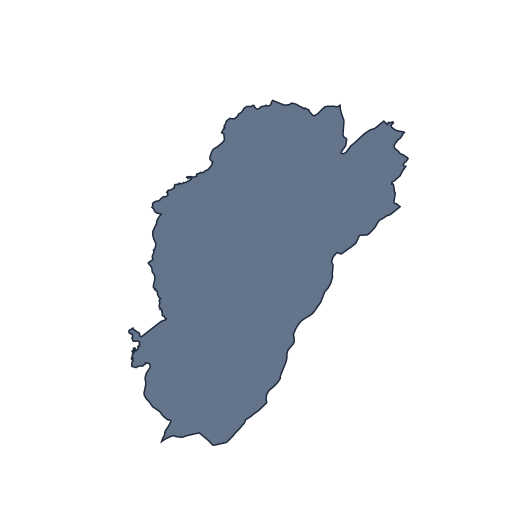 Sovata, Mures, Romania, rotated 139°
{"feature_id": "2599482B16228815220694", "entity_name": "Sovata", "entity_type": "district", "adm_level": 2, "iso_a3": "ROU", "parent_name": "Romania", "parent_adm1": "Mures", "projection": "natural_earth1", "projection_center": [25.148, 46.633], "detail": "fine", "context": "isolated", "style": "filled", "palette": "slate", "viewbox_px": 512, "rotation_deg": 139, "n_neighbors": 0, "source": "geoboundaries", "source_scale": "gbopen_adm2", "svg_char_len": 6085}
<svg xmlns="http://www.w3.org/2000/svg" viewBox="0 0 512 512"><g transform="rotate(139 256 256)"><path d="M185.8,377.3L186.3,376.9L188.6,377.3L190.0,377.2L193.1,375.3L194.2,375.4L195.6,374.1L195.2,373.4L195.4,373.2L197.1,373.2L200.9,371.8L201.1,371.7L200.9,371.0L200.1,369.4L203.2,364.9L204.2,364.1L207.1,363.6L212.4,363.7L218.3,364.6L221.2,363.6L225.1,361.4L226.3,360.5L227.1,359.5L227.4,358.6L227.1,357.0L227.3,355.9L226.9,355.2L227.9,355.0L229.0,353.9L235.1,352.7L238.3,353.5L241.5,353.8L242.0,354.1L242.7,355.3L245.5,355.9L246.5,356.7L247.0,356.7L247.7,356.1L247.9,355.5L248.3,355.3L251.1,356.3L252.0,356.9L252.3,357.8L252.9,358.5L254.6,359.6L255.0,360.4L255.4,360.3L256.4,361.0L256.7,360.8L256.3,359.9L256.5,359.2L255.4,359.4L254.0,357.2L254.1,356.6L254.9,356.5L258.9,357.1L262.3,358.3L262.5,359.0L264.2,358.9L265.9,360.6L266.2,361.4L266.8,361.4L267.6,360.8L268.6,362.0L269.6,362.4L270.4,363.1L272.6,361.7L272.6,361.1L272.8,361.0L277.2,361.9L278.2,362.4L278.7,363.1L279.3,363.3L279.9,362.7L281.4,362.8L281.6,362.6L281.6,361.3L282.2,360.7L282.2,360.1L283.4,359.5L285.2,359.9L286.2,361.0L286.9,361.4L290.2,361.7L292.1,361.3L293.8,361.7L294.7,362.5L296.3,363.2L298.3,363.6L299.6,363.5L300.3,362.4L301.4,361.4L302.6,361.1L302.4,359.0L303.2,355.6L302.6,353.2L300.0,350.0L300.0,349.7L303.1,349.3L307.3,347.9L310.1,345.6L317.3,342.5L318.1,341.9L320.1,339.7L321.6,336.9L322.1,335.8L322.9,332.5L323.8,330.4L328.2,327.4L328.8,327.8L329.6,327.7L329.7,327.1L330.3,326.5L330.3,325.9L333.6,324.4L334.8,323.5L335.5,322.5L335.5,321.5L335.8,321.2L337.7,321.1L341.8,321.6L342.2,320.5L342.0,318.1L342.2,316.4L343.1,314.2L344.1,313.2L344.7,312.0L345.1,308.5L345.8,306.8L347.9,304.6L353.1,300.8L354.0,299.7L353.9,298.9L354.2,298.1L353.5,297.4L354.4,296.9L354.3,295.4L353.8,294.6L353.9,293.6L354.7,292.9L355.6,291.4L356.4,288.1L356.0,286.4L358.1,286.1L358.7,285.2L359.1,283.9L362.0,281.7L362.7,280.3L362.5,279.7L361.9,279.4L362.5,279.4L362.7,278.9L363.5,278.7L362.7,277.5L362.7,276.3L363.2,275.8L363.8,275.8L364.4,274.1L365.0,273.4L365.7,273.0L365.6,271.8L364.7,270.6L365.4,269.2L364.9,267.3L366.5,267.3L368.9,268.4L370.8,268.9L395.2,270.2L396.0,270.8L396.1,271.7L394.6,274.4L395.8,277.7L396.0,279.0L396.5,279.9L396.4,280.7L396.7,281.2L396.1,282.2L396.9,282.6L398.1,282.4L399.1,282.9L400.7,283.1L402.1,281.6L401.9,280.1L401.3,279.5L401.3,278.7L400.8,278.4L400.9,277.6L401.2,277.3L401.6,276.5L403.0,275.4L403.6,275.5L403.7,274.6L404.6,272.2L401.0,269.3L400.3,267.3L402.1,266.0L402.2,265.7L402.1,265.0L402.3,264.8L403.2,264.5L404.2,265.3L404.7,265.2L405.5,263.4L406.9,263.4L407.8,263.1L408.6,263.2L408.7,264.5L408.0,264.8L407.8,265.3L407.9,266.2L408.2,266.6L409.3,266.6L410.2,265.0L411.0,265.0L411.4,265.6L412.0,265.5L412.2,264.6L410.1,264.6L409.9,264.3L410.1,263.7L411.1,263.7L411.6,263.0L413.5,263.0L413.7,262.6L414.8,262.1L415.4,261.4L415.4,260.6L416.0,259.7L416.5,260.7L417.3,260.5L417.6,259.0L417.0,258.7L417.4,257.4L417.9,257.2L418.8,257.4L419.7,256.8L421.7,254.9L421.7,254.2L422.1,253.8L420.7,252.3L420.2,251.1L419.5,250.3L417.9,250.3L417.0,249.6L415.3,249.0L413.8,247.2L412.2,247.5L411.0,246.9L410.3,247.2L409.7,247.9L409.1,247.7L408.6,246.5L407.2,245.1L407.6,243.0L408.3,242.1L409.9,241.1L415.7,239.5L419.2,237.2L420.3,236.0L422.1,233.0L423.8,231.1L430.4,226.1L431.7,224.1L432.5,219.9L432.2,215.7L432.9,210.0L430.9,202.6L430.7,200.9L431.1,197.5L431.0,195.0L430.5,193.1L430.4,191.3L430.0,190.2L428.3,188.1L428.3,187.6L428.9,186.9L433.7,185.0L439.1,183.5L440.0,183.0L442.7,180.7L445.4,179.9L449.0,177.9L444.5,177.4L437.0,175.2L435.3,173.4L434.7,172.0L430.8,167.7L426.1,165.8L414.9,159.8L413.0,148.3L412.7,141.8L411.8,140.7L401.1,134.9L399.0,134.7L391.3,135.3L388.0,136.0L380.4,136.6L377.6,137.3L374.8,137.4L371.6,139.0L370.8,139.1L364.6,138.2L361.9,138.3L357.0,137.8L354.1,137.7L344.6,138.3L343.7,138.6L342.8,140.6L341.1,142.6L339.6,143.9L337.3,145.1L334.1,146.0L327.2,145.8L321.8,146.5L317.6,147.8L316.9,149.2L302.4,156.6L299.7,158.7L296.3,162.4L293.8,163.9L285.8,165.2L283.6,166.0L280.5,169.8L279.4,172.2L273.7,175.0L270.3,176.2L265.3,177.3L260.3,176.9L254.9,175.8L250.5,175.5L237.6,178.6L227.6,183.9L222.3,184.6L217.5,186.4L211.8,190.1L210.8,191.7L208.8,193.9L207.5,194.9L203.6,198.9L202.9,202.0L198.5,204.7L193.4,205.4L192.6,205.2L190.6,201.9L189.9,201.5L175.8,200.2L172.0,200.2L165.0,203.4L163.7,203.5L161.2,201.2L157.9,198.8L154.7,198.7L147.2,199.6L141.5,201.6L139.1,202.0L136.1,201.2L131.2,200.6L127.5,199.1L114.9,198.6L115.5,202.3L115.7,203.2L116.6,204.4L116.9,205.6L116.8,206.1L109.6,212.0L109.3,214.0L108.0,215.4L105.5,219.7L105.5,220.9L107.1,221.5L106.1,221.6L104.9,222.6L102.1,221.9L96.8,222.1L94.5,222.0L90.4,223.8L84.1,225.4L85.3,226.8L85.4,227.6L84.4,228.6L82.5,229.1L80.7,228.8L77.2,229.8L77.3,231.6L77.8,232.7L78.5,235.8L79.9,238.3L80.1,239.5L79.8,241.9L80.4,244.6L80.5,246.8L80.0,248.1L78.7,249.0L76.1,249.8L73.3,250.4L69.2,250.3L64.2,251.9L63.0,251.8L63.0,252.6L67.3,257.9L68.3,260.0L69.1,263.7L69.0,264.8L68.4,265.9L67.1,266.2L65.1,266.2L64.8,266.5L64.7,267.3L65.4,267.9L66.5,267.9L68.4,270.0L70.6,268.8L71.0,274.0L82.0,274.3L83.7,274.7L86.9,276.3L94.2,277.2L107.1,276.7L112.3,276.9L119.5,275.3L121.1,275.3L122.9,275.9L123.9,276.9L124.2,277.9L122.6,278.8L116.0,280.4L111.0,284.5L110.9,285.6L111.6,288.4L110.7,290.6L101.8,299.4L100.6,300.9L97.7,308.3L95.5,312.2L93.6,314.7L96.1,315.1L97.1,315.5L99.3,318.3L102.6,320.9L103.6,322.1L105.4,322.8L106.2,323.5L107.5,323.2L108.8,323.5L116.1,322.8L120.0,323.5L120.2,324.1L120.6,324.4L120.9,325.8L120.9,330.5L120.3,331.3L120.2,331.8L120.6,332.1L121.2,333.2L121.8,335.5L123.2,335.4L123.5,337.5L125.1,340.9L125.8,343.5L127.7,346.8L129.2,348.1L129.8,348.3L131.6,348.1L131.6,348.4L135.4,351.0L136.0,351.8L136.6,353.4L137.8,355.3L141.4,362.6L143.8,361.7L145.5,360.6L146.4,360.6L148.2,361.0L148.6,361.3L149.5,363.2L151.5,363.6L153.1,364.9L155.2,365.4L156.6,365.3L157.8,365.5L159.0,366.3L159.4,368.7L158.8,370.5L159.2,371.5L159.8,371.9L162.1,372.1L163.7,374.1L164.9,374.9L168.1,375.4L171.9,374.0L174.0,374.1L175.6,374.6L178.1,373.7L181.3,373.6L182.4,373.9L183.5,374.8L185.8,377.3Z" fill="#64748b" stroke="#1e293b" stroke-width="1.5"/></g></svg>